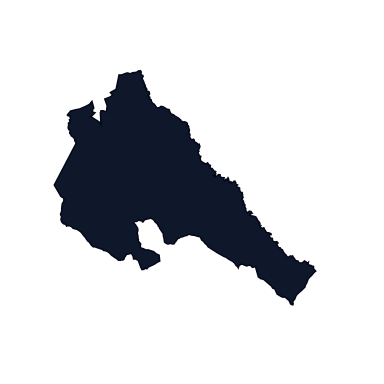 the district of Cassilândia, Mato Grosso do Sul, Brazil, rotated 23°
{"feature_id": "56859067B2617733556804", "entity_name": "Cassilândia", "entity_type": "district", "adm_level": 2, "iso_a3": "BRA", "parent_name": "Brazil", "parent_adm1": "Mato Grosso do Sul", "projection": "mercator", "projection_center": [-52.105, -19.06], "detail": "fine", "context": "isolated", "style": "filled", "palette": "ink", "viewbox_px": 384, "rotation_deg": 23, "n_neighbors": 0, "source": "geoboundaries", "source_scale": "gbopen_adm2", "svg_char_len": 6078}
<svg xmlns="http://www.w3.org/2000/svg" viewBox="0 0 384 384"><g transform="rotate(23 192 192)"><path d="M97.9,100.8L96.7,100.6L95.3,101.6L94.8,102.7L92.8,104.4L91.5,104.9L90.4,105.7L89.5,106.8L88.5,107.4L86.5,107.5L85.4,108.0L81.3,111.9L79.1,112.7L82.0,127.1L78.0,132.3L81.0,133.8L79.8,136.2L75.4,140.5L80.2,145.7L81.9,151.5L80.7,151.8L78.9,151.8L76.5,152.7L76.7,154.9L81.9,165.5L80.1,164.3L79.0,163.8L69.3,162.1L69.9,161.4L71.7,157.0L68.9,157.3L68.3,154.1L68.8,153.1L64.5,147.7L63.4,151.4L60.4,155.1L55.7,159.9L54.5,160.5L48.6,164.9L47.2,169.8L48.1,170.3L49.2,169.8L50.2,169.8L50.4,170.7L51.2,170.6L51.7,171.8L50.9,173.4L52.5,175.1L51.4,176.6L51.6,177.4L52.2,178.3L52.9,181.4L54.4,182.8L55.7,182.9L56.2,183.6L56.1,184.7L56.5,185.8L58.5,186.4L58.6,187.3L62.1,188.2L63.8,189.9L64.1,190.7L64.8,191.0L66.3,192.5L62.5,239.4L73.1,247.3L75.8,247.7L76.6,248.2L77.4,250.0L77.6,251.0L77.2,253.4L78.1,256.9L79.3,260.0L79.6,261.2L79.6,263.4L79.9,264.2L81.7,265.7L82.0,268.2L82.5,269.1L84.3,270.8L86.0,271.4L88.4,271.2L89.9,272.4L90.5,271.7L92.5,271.0L93.6,270.8L94.7,271.0L96.8,271.9L100.7,271.3L102.0,271.4L105.4,272.2L110.8,275.2L111.6,275.3L113.1,276.6L115.7,278.0L116.7,278.0L119.9,280.1L121.9,280.9L123.1,280.9L124.2,280.3L126.7,280.3L127.6,280.1L130.0,280.0L131.1,279.8L132.2,279.9L133.7,280.4L135.2,279.8L137.7,279.9L138.9,280.0L143.0,281.7L145.0,282.0L146.0,282.4L148.7,282.7L150.2,283.4L151.4,283.4L152.9,282.9L153.6,281.8L154.9,281.7L155.6,280.4L155.4,278.5L155.9,276.3L155.7,275.4L160.2,272.1L163.0,274.2L164.4,276.5L166.3,275.7L169.2,275.9L174.4,281.4L176.3,283.0L178.0,282.0L178.3,280.7L180.5,280.2L181.1,278.1L184.3,274.6L185.9,272.7L187.4,270.3L189.3,268.2L186.4,263.0L182.8,262.9L181.1,262.2L179.9,261.9L174.3,262.4L172.1,263.4L169.4,263.2L168.0,263.4L166.6,263.4L165.8,262.6L164.9,259.7L162.3,258.5L161.4,257.6L161.1,256.4L160.1,255.4L159.4,253.6L158.1,251.9L157.4,250.7L157.3,248.9L156.7,247.5L156.0,246.6L152.7,244.2L151.5,243.7L150.2,243.4L150.3,242.3L151.6,241.0L152.6,240.7L153.9,238.5L154.9,238.7L157.1,238.1L158.1,238.9L158.7,238.5L159.0,236.7L159.4,235.9L161.9,233.9L163.4,232.9L163.9,231.9L165.1,232.3L166.3,232.2L168.2,232.9L170.0,234.1L171.9,234.6L173.6,235.7L174.4,236.6L175.6,237.0L176.5,238.2L177.3,238.5L179.9,240.4L181.1,240.9L181.8,241.6L182.9,243.7L184.2,245.3L186.1,248.6L187.0,249.1L188.4,249.3L189.6,249.4L190.9,248.9L191.6,247.9L194.8,247.3L195.8,246.6L195.9,245.1L196.4,243.7L197.0,240.5L198.1,239.6L199.0,238.2L201.6,236.2L202.2,235.4L204.1,234.1L205.7,232.0L208.2,231.8L211.4,230.9L215.7,230.4L216.4,230.0L217.3,230.3L219.9,232.5L222.0,232.9L224.0,234.2L226.3,234.8L228.1,236.1L239.7,238.1L247.2,238.9L248.3,238.6L252.2,239.5L256.7,240.0L258.9,240.7L261.4,242.4L263.2,242.9L264.2,243.7L264.0,241.9L264.5,240.7L265.2,239.5L266.6,238.8L271.2,238.7L272.6,237.4L274.3,236.7L275.1,236.8L277.0,237.8L279.6,235.9L286.2,244.2L289.1,244.9L292.0,244.4L301.0,247.3L301.8,247.3L303.3,248.6L304.2,249.0L305.8,248.6L310.3,252.7L315.3,253.4L317.2,253.2L318.4,252.4L319.6,252.6L324.0,254.1L326.5,256.5L328.1,256.7L329.0,256.3L328.8,255.3L327.9,254.3L327.7,252.7L328.4,250.6L328.3,246.9L328.5,245.9L329.6,243.1L331.2,240.0L333.1,235.4L332.8,233.9L332.8,232.7L333.1,231.6L332.9,226.6L333.7,224.1L334.7,222.1L335.0,220.8L336.0,217.9L336.8,216.5L333.9,215.2L332.9,213.0L331.1,213.4L330.0,213.1L328.7,213.6L327.0,213.0L326.6,211.3L326.0,212.5L324.5,211.8L322.5,211.5L321.3,214.1L319.1,215.2L317.9,215.4L316.7,214.2L313.9,214.6L312.5,213.4L310.9,212.6L309.6,211.5L309.0,212.2L307.5,212.4L306.5,214.1L304.6,214.6L303.6,213.5L301.3,212.6L299.1,211.2L297.7,209.8L296.3,209.9L294.9,208.9L293.8,209.4L293.0,209.2L291.0,207.4L290.2,206.3L291.1,205.4L290.2,204.8L289.3,204.6L288.1,205.5L286.7,205.7L285.3,205.6L284.1,203.3L281.9,203.7L280.5,202.4L280.1,201.1L281.5,200.3L280.9,199.5L278.4,199.6L276.4,200.3L274.4,198.7L273.3,198.2L272.2,196.9L271.5,197.3L270.8,198.1L269.4,197.8L268.0,197.2L268.5,196.0L266.2,195.3L266.7,194.2L264.7,192.9L263.5,192.5L262.9,191.8L260.6,190.1L258.8,190.1L257.1,190.4L256.4,190.9L255.3,190.5L254.1,190.9L253.7,189.8L255.7,188.0L254.7,187.6L254.0,186.9L252.2,187.3L251.1,189.6L249.2,188.5L248.4,187.6L248.0,186.3L246.2,184.9L245.9,183.3L245.0,183.5L244.3,182.0L243.4,181.7L243.0,180.4L241.7,179.6L240.7,179.5L241.1,176.8L240.1,176.4L239.7,174.8L238.4,172.9L237.4,173.2L236.2,172.9L234.8,171.1L234.3,169.8L233.2,169.6L231.3,170.1L230.8,168.7L231.1,167.7L230.2,167.8L229.2,167.5L228.8,166.5L227.2,165.2L226.4,165.8L226.6,166.6L225.7,167.4L223.8,167.5L224.4,168.7L222.4,168.3L220.6,165.8L219.6,164.9L219.3,166.7L219.9,167.4L219.2,168.0L218.3,167.2L217.7,168.8L216.8,169.0L216.4,168.1L216.0,166.3L213.6,167.2L212.0,166.9L211.2,165.2L209.6,165.6L208.6,167.9L207.3,168.3L207.1,169.1L206.4,169.3L205.3,168.5L206.4,168.1L206.9,166.9L206.8,165.9L205.6,164.8L205.8,164.0L203.9,164.0L201.3,162.5L200.2,163.0L199.3,162.9L198.5,160.3L197.2,160.5L195.0,159.1L194.3,160.3L192.7,160.8L191.4,160.6L190.5,160.7L189.6,160.3L188.6,160.4L187.1,159.0L186.3,157.5L186.2,155.8L184.9,155.8L183.5,154.8L181.6,152.5L182.4,151.8L181.6,151.0L181.6,147.2L180.1,145.4L179.8,146.2L179.3,145.6L178.3,145.5L176.8,144.9L175.9,145.0L175.1,144.8L174.3,144.5L173.9,143.5L172.9,142.8L172.2,143.5L170.3,143.9L168.9,142.9L168.0,141.6L167.9,140.5L167.2,139.4L165.6,138.5L165.8,136.9L165.1,135.5L164.0,134.6L163.3,133.1L162.6,132.5L161.7,132.8L160.9,130.6L159.5,130.2L158.1,130.2L157.0,130.6L156.3,131.4L155.3,130.9L153.8,130.8L153.4,130.1L150.6,129.2L146.3,128.7L145.1,128.2L142.0,128.2L140.0,126.6L139.3,125.6L138.7,125.1L136.1,125.6L135.0,125.2L134.0,125.2L132.4,124.8L130.1,125.2L128.8,127.3L127.4,128.1L125.9,128.0L125.3,127.3L124.5,126.8L122.5,125.8L121.6,125.9L120.3,125.2L119.2,124.4L118.3,123.0L116.0,122.9L116.4,121.9L115.9,121.1L114.4,121.2L113.8,120.4L114.5,119.7L114.6,118.3L113.4,116.6L111.9,116.5L110.4,116.9L109.6,116.5L110.3,115.1L109.1,114.2L108.0,113.9L107.8,113.0L106.9,112.9L107.1,111.9L106.2,111.5L104.7,109.6L102.9,108.1L101.5,106.6L101.9,104.7L101.1,103.9L99.7,104.0L98.6,103.4L98.7,102.1L97.9,100.8Z" fill="#0f172a" stroke="#020617" stroke-width="1.5"/></g></svg>